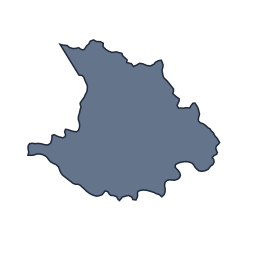 the district of Umburatiba, Minas Gerais, Brazil, rotated 290°
{"feature_id": "56859067B62099334151319", "entity_name": "Umburatiba", "entity_type": "district", "adm_level": 2, "iso_a3": "BRA", "parent_name": "Brazil", "parent_adm1": "Minas Gerais", "projection": "natural_earth1", "projection_center": [-40.673, -17.273], "detail": "fine", "context": "isolated", "style": "filled", "palette": "slate", "viewbox_px": 256, "rotation_deg": 290, "n_neighbors": 0, "source": "geoboundaries", "source_scale": "gbopen_adm2", "svg_char_len": 2809}
<svg xmlns="http://www.w3.org/2000/svg" viewBox="0 0 256 256"><g transform="rotate(290 128 128)"><path d="M183.4,35.5L160.9,63.9L161.7,67.0L160.5,69.1L158.7,70.7L156.4,72.8L154.3,75.0L152.4,75.9L149.7,76.7L146.7,76.8L144.3,76.4L142.0,76.4L139.9,75.7L137.5,75.1L135.0,74.5L133.2,75.4L131.6,76.8L129.7,76.7L127.1,77.0L124.6,77.4L121.8,77.4L118.8,78.5L117.1,79.9L115.1,81.2L112.2,82.2L108.6,82.3L106.8,80.8L106.1,77.7L105.9,74.3L105.9,72.0L105.4,69.7L102.8,69.7L100.2,71.7L98.2,71.8L96.5,70.1L96.1,66.6L96.1,64.0L96.5,60.9L95.0,59.1L93.0,59.8L90.9,60.3L87.3,60.5L84.8,58.7L84.0,56.5L83.7,54.2L83.5,51.7L82.8,48.8L81.6,46.2L80.8,43.0L79.7,41.0L77.7,40.3L75.3,40.7L73.1,41.9L71.4,43.0L68.2,43.3L69.1,46.0L70.1,48.4L72.2,51.0L73.3,53.6L73.8,56.5L73.6,59.3L72.9,61.7L71.2,64.2L69.7,66.8L69.2,69.8L69.0,73.1L67.7,75.9L66.2,77.3L64.7,78.5L63.1,80.0L61.3,82.7L60.1,86.5L59.0,89.8L58.1,92.6L57.2,95.3L57.2,98.1L58.0,100.2L57.9,102.5L56.8,105.1L55.8,107.7L54.5,110.5L53.5,113.7L53.1,116.0L52.9,118.9L53.2,121.8L54.6,124.3L56.5,126.5L58.7,127.3L61.0,128.0L61.3,130.6L59.4,133.1L58.8,135.1L59.6,137.5L59.5,140.9L57.7,142.8L56.9,144.8L59.4,145.7L61.2,146.3L62.9,148.7L64.8,151.5L64.4,155.2L62.4,157.1L63.1,160.1L66.0,160.4L68.0,160.1L70.0,159.1L71.9,159.1L73.4,160.7L75.0,163.6L75.8,166.7L76.2,170.5L76.3,174.6L76.0,177.3L76.1,180.4L74.9,183.2L77.7,184.7L80.7,184.7L83.5,183.7L86.5,182.0L89.6,181.4L91.9,182.5L93.4,184.5L94.1,186.9L94.9,189.7L97.0,192.3L99.3,193.5L101.6,193.4L103.7,191.8L105.3,189.6L106.2,187.5L107.5,185.6L110.0,185.2L112.1,187.1L113.7,189.1L115.6,192.3L116.8,195.9L117.0,199.8L115.9,202.2L114.5,203.9L113.2,206.0L112.0,209.5L112.5,212.0L113.4,213.8L114.9,215.9L116.8,217.5L118.8,218.1L120.7,218.7L122.7,220.3L125.6,220.5L127.8,219.2L128.9,217.3L131.5,218.2L133.5,220.2L135.5,220.4L137.1,218.8L139.1,217.3L141.5,217.3L143.7,218.5L145.8,219.0L147.1,217.3L148.8,215.3L150.2,212.5L152.7,209.8L153.9,207.0L155.2,205.4L155.6,203.0L157.0,199.8L157.7,196.9L157.6,194.1L158.6,191.9L160.4,191.0L162.5,190.7L165.5,190.5L169.4,187.9L171.2,186.4L174.3,182.5L173.5,180.5L170.2,179.5L167.9,179.2L166.9,175.4L165.6,173.5L164.8,170.5L163.9,168.7L166.0,166.4L170.9,166.8L173.0,166.1L173.9,162.5L175.7,158.2L177.6,158.3L180.3,157.4L185.7,148.4L187.4,144.5L189.3,142.9L193.9,140.2L196.4,140.0L199.1,139.5L201.4,137.7L203.1,136.1L201.7,133.6L199.2,131.3L197.1,130.7L194.0,127.9L193.3,125.4L193.2,122.3L193.4,120.0L192.8,116.8L190.1,114.6L187.7,112.1L189.6,109.2L189.1,104.4L191.8,103.8L194.0,98.4L196.1,96.7L195.8,94.3L195.6,91.1L193.5,87.0L193.7,82.7L194.2,80.4L195.9,76.7L199.2,75.8L199.7,72.4L198.5,68.9L199.0,65.5L196.7,62.8L193.4,62.4L191.0,61.0L187.2,60.2L185.9,58.7L185.9,56.5L186.6,54.2L185.2,52.1L183.9,49.4L183.6,45.6L184.7,42.5L183.7,38.8L183.4,35.5Z" fill="#64748b" stroke="#1e293b" stroke-width="1.5"/></g></svg>